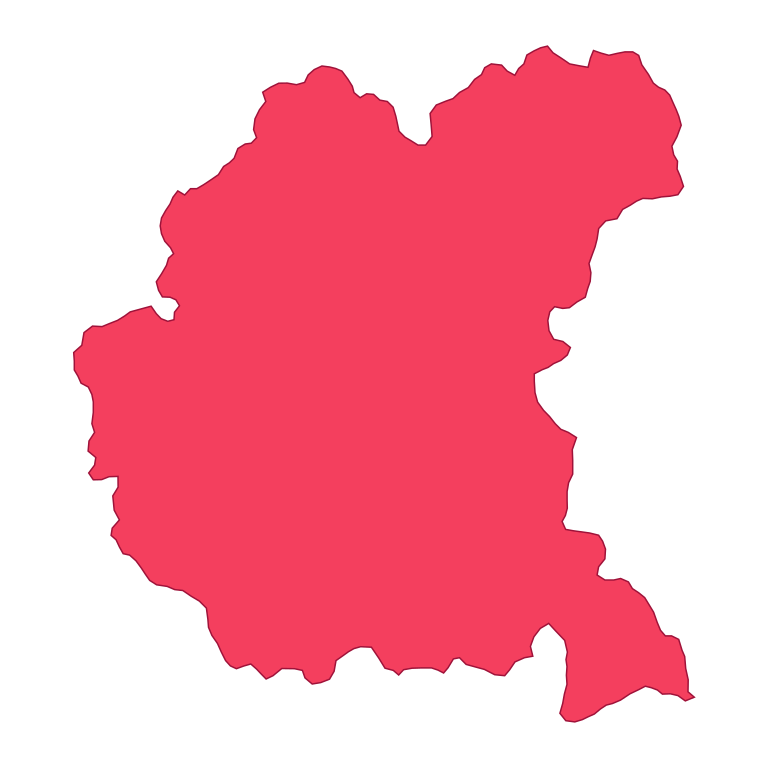 Frei Gaspar, Minas Gerais, Brazil
{"feature_id": "56859067B78041749577880", "entity_name": "Frei Gaspar", "entity_type": "district", "adm_level": 2, "iso_a3": "BRA", "parent_name": "Brazil", "parent_adm1": "Minas Gerais", "projection": "robinson", "projection_center": [-41.496, -18.141], "detail": "fine", "context": "isolated", "style": "filled", "palette": "rose", "viewbox_px": 768, "rotation_deg": 0, "n_neighbors": 0, "source": "geoboundaries", "source_scale": "gbopen_adm2", "svg_char_len": 4103}
<svg xmlns="http://www.w3.org/2000/svg" viewBox="0 0 768 768"><path d="M677.9,194.7L683.5,186.4L680.2,176.3L677.1,169.1L677.5,161.2L673.7,154.8L671.9,146.2L676.9,136.8L681.2,125.2L678.8,116.3L676.2,109.7L672.9,102.4L669.7,95.1L664.8,90.0L658.5,87.2L653.3,83.1L648.5,74.5L641.8,64.8L638.7,55.4L632.8,51.9L624.9,51.9L617.1,53.4L608.9,55.3L601.0,53.1L593.5,50.5L590.5,57.9L588.0,67.3L579.4,65.8L569.6,63.9L561.2,58.1L553.0,52.8L547.5,46.1L540.6,47.8L534.0,50.9L526.9,55.0L523.9,63.9L518.7,68.5L514.8,75.3L507.2,71.1L501.6,65.1L491.3,63.9L484.7,67.7L481.5,74.6L474.6,79.4L468.3,87.6L459.5,92.5L453.0,98.6L445.7,101.2L436.3,105.0L430.1,113.5L431.1,124.1L432.1,136.5L425.6,145.1L418.0,145.1L410.8,140.6L405.0,137.2L399.0,131.2L397.5,124.1L395.8,116.2L393.1,107.2L387.3,101.5L379.8,100.1L373.6,94.4L366.6,93.8L360.1,97.7L354.0,92.6L352.3,86.2L347.8,79.0L341.9,71.1L335.7,68.5L329.7,67.0L321.9,66.0L314.2,69.6L308.2,74.9L304.6,82.4L296.5,84.7L287.3,83.1L278.8,83.2L270.4,87.3L262.7,92.2L265.8,101.5L259.5,109.7L255.0,118.8L253.6,129.6L256.6,137.7L251.3,143.2L245.2,144.0L237.9,148.5L234.1,158.3L229.4,162.8L223.6,166.5L218.4,174.7L210.1,180.4L203.3,184.9L196.8,188.7L190.5,188.7L184.7,195.0L177.8,190.9L173.0,197.2L170.0,204.1L165.7,210.5L161.5,218.0L160.2,225.9L161.5,233.7L164.8,241.3L170.5,247.7L173.6,253.7L168.6,258.2L166.5,265.3L161.5,273.9L156.3,281.8L158.6,290.4L162.4,296.9L170.0,297.2L175.9,299.8L179.5,305.8L174.5,312.2L174.0,319.7L167.8,321.3L161.1,318.7L156.3,313.7L151.1,306.2L138.6,309.6L130.2,311.9L124.6,316.0L117.5,320.4L109.6,323.5L102.1,326.6L92.5,326.1L84.0,332.6L81.8,345.3L73.7,352.5L74.3,361.1L74.3,370.0L77.9,376.0L81.1,383.2L88.3,387.0L91.9,394.5L93.3,401.9L93.3,412.5L91.9,423.7L94.6,432.4L89.0,441.0L88.1,451.1L95.8,457.5L94.6,465.1L88.7,473.0L93.3,479.8L101.7,479.6L109.0,476.7L118.0,476.4L118.1,487.2L112.8,495.9L114.2,510.2L119.4,519.9L112.2,528.2L111.1,535.4L116.1,539.8L119.4,546.9L123.2,553.7L129.6,555.1L136.0,560.8L141.3,568.0L145.5,574.4L149.7,580.4L156.6,584.8L167.2,586.4L174.7,589.6L182.8,590.5L191.0,596.1L199.4,601.1L206.4,608.1L207.9,619.4L208.5,627.3L211.9,635.4L217.5,643.5L221.3,652.0L225.6,660.6L230.4,665.9L236.4,668.7L243.8,666.0L250.8,664.0L256.7,669.2L261.1,673.9L266.1,679.0L273.0,675.7L281.8,668.5L294.5,668.7L302.4,670.4L305.0,677.9L312.2,684.0L320.7,682.6L329.5,679.2L334.1,671.3L336.0,660.6L343.5,655.3L348.5,651.7L353.9,648.6L360.6,646.7L371.4,647.2L378.8,658.1L385.0,668.2L393.3,670.4L398.7,675.0L403.6,669.7L412.1,668.2L421.7,667.9L431.5,667.9L438.0,670.1L443.6,673.0L448.0,667.8L453.4,658.9L459.5,657.7L466.1,664.4L475.9,667.1L484.4,669.4L494.7,674.7L504.7,675.7L509.7,669.7L515.0,661.9L524.5,657.7L532.8,656.2L530.4,646.4L533.9,636.8L540.3,628.4L548.7,623.4L556.0,631.3L564.7,640.4L567.4,652.1L566.0,659.6L567.0,666.6L566.4,675.2L567.0,684.3L564.4,694.1L562.7,703.5L559.9,713.3L565.8,720.7L574.8,721.9L582.4,719.6L588.3,716.7L594.4,714.0L600.4,709.0L606.2,705.1L612.5,703.5L620.5,700.1L630.0,693.8L638.8,689.6L645.3,686.2L651.3,687.7L657.4,690.0L662.4,694.1L670.3,693.8L678.0,695.6L685.3,700.9L694.3,697.2L688.0,691.8L688.2,679.8L685.7,668.5L684.7,656.5L682.0,650.2L678.7,639.4L671.6,635.9L665.3,635.9L660.5,630.3L657.2,622.4L653.6,612.2L648.8,604.3L644.7,597.6L638.6,592.7L632.4,588.6L628.4,581.9L620.6,578.5L613.8,580.0L604.9,580.0L597.1,575.0L598.6,566.8L604.9,558.9L605.5,549.1L602.6,541.2L598.6,535.2L589.6,533.0L581.7,531.9L573.5,530.8L565.6,529.4L562.1,521.5L565.4,515.5L567.3,508.2L567.1,500.4L567.1,491.6L568.6,482.7L572.7,474.1L572.7,460.5L572.3,449.6L576.5,437.6L568.3,432.4L560.8,429.3L555.2,423.7L549.7,416.7L543.5,410.3L537.6,402.1L535.0,392.6L534.3,381.3L534.3,373.8L542.2,369.7L548.1,367.4L553.6,363.6L560.8,360.4L567.3,355.0L570.4,347.5L562.9,341.5L553.7,339.3L549.0,330.7L547.8,320.4L549.8,311.8L554.6,306.7L562.7,308.4L569.4,307.7L576.9,302.0L585.3,297.2L587.7,288.5L590.2,281.4L590.9,272.7L589.0,263.5L591.9,255.5L595.1,246.8L597.1,238.9L598.7,228.5L605.7,220.9L617.0,218.7L622.6,209.4L630.4,205.1L636.4,201.2L642.8,198.4L652.4,198.8L661.4,196.9L670.0,196.2L677.9,194.7Z" fill="#f43f5e" stroke="#9f1239" stroke-width="1.5"/></svg>